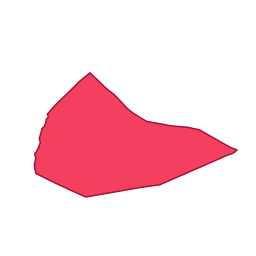 the district of Santa Inés de Zaragoza, Oaxaca, Mexico, rotated 256°
{"feature_id": "50627088B20347327584307", "entity_name": "Santa Inés de Zaragoza", "entity_type": "district", "adm_level": 2, "iso_a3": "MEX", "parent_name": "Mexico", "parent_adm1": "Oaxaca", "projection": "equal_earth", "projection_center": [-97.141, 17.265], "detail": "fine", "context": "isolated", "style": "filled", "palette": "rose", "viewbox_px": 256, "rotation_deg": 256, "n_neighbors": 0, "source": "geoboundaries", "source_scale": "gbopen_adm2", "svg_char_len": 1630}
<svg xmlns="http://www.w3.org/2000/svg" viewBox="0 0 256 256"><g transform="rotate(256 128 128)"><path d="M65.2,145.0L65.3,145.6L67.2,156.7L68.7,165.3L69.0,167.2L69.5,171.0L69.9,172.7L70.8,178.2L71.4,181.4L72.1,185.9L73.1,191.7L74.2,197.9L75.4,205.3L76.3,210.7L77.0,214.3L77.6,217.9L77.9,222.0L78.4,224.8L79.8,227.6L80.1,228.1L80.2,228.3L80.3,228.4L84.5,222.5L85.5,221.5L88.2,218.6L91.7,214.9L93.9,212.6L95.9,210.5L96.7,209.7L98.1,208.2L98.8,207.4L102.4,203.7L103.9,202.1L106.5,199.4L108.9,196.9L109.8,195.1L110.4,193.9L111.8,191.0L112.6,189.6L113.3,188.0L114.3,185.9L114.6,185.2L117.2,177.3L119.2,171.8L119.3,171.2L122.2,164.8L124.4,160.0L127.4,153.2L129.9,147.7L134.4,143.1L141.3,136.4L146.9,132.1L156.4,126.9L163.1,123.1L166.8,120.3L170.0,117.6L174.0,115.0L181.4,110.4L190.4,104.6L190.8,104.4L187.8,98.3L184.7,91.7L180.8,85.4L174.3,74.2L171.5,69.2L167.8,63.0L160.9,53.0L160.6,53.0L159.9,53.4L159.4,53.4L158.8,53.4L158.3,53.3L157.8,53.1L157.1,52.4L156.5,51.0L155.8,50.7L152.7,49.3L149.9,47.3L149.1,45.9L148.1,44.5L142.1,41.0L139.6,39.6L137.5,39.3L134.9,39.5L134.7,39.3L134.4,39.0L133.3,38.0L132.6,37.8L132.1,37.2L131.0,36.9L130.7,36.2L129.8,36.1L128.8,34.6L128.4,34.5L128.0,34.0L127.2,33.6L126.7,32.8L126.4,32.2L126.0,31.8L125.8,31.4L125.5,31.3L123.5,31.2L122.2,31.1L121.3,31.3L120.6,30.9L119.9,30.6L118.5,30.1L115.6,28.5L113.1,28.0L111.2,27.8L109.4,27.8L106.2,27.6L100.3,34.6L94.0,41.9L89.9,46.9L86.6,51.0L83.8,54.5L82.4,56.2L79.9,59.3L74.6,66.1L71.3,70.3L71.2,71.1L70.2,85.2L69.7,92.0L68.8,104.6L67.8,118.8L67.4,123.9L67.3,125.3L66.9,129.4L66.0,138.2L65.2,145.0Z" fill="#f43f5e" stroke="#9f1239" stroke-width="1.5"/></g></svg>